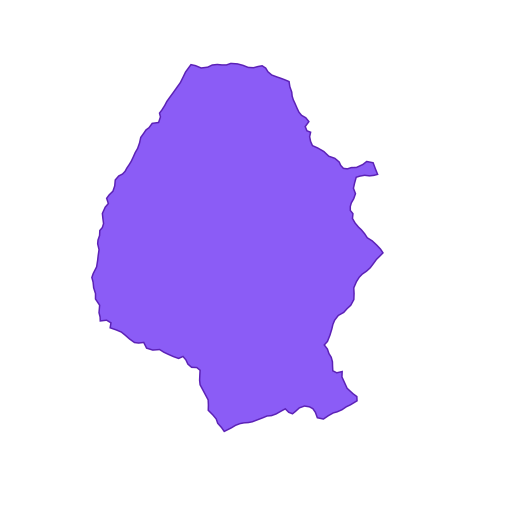 Morro do Pilar, Minas Gerais, Brazil, rotated 120°
{"feature_id": "56859067B30206085478303", "entity_name": "Morro do Pilar", "entity_type": "district", "adm_level": 2, "iso_a3": "BRA", "parent_name": "Brazil", "parent_adm1": "Minas Gerais", "projection": "orthographic", "projection_center": [-43.405, -19.218], "detail": "fine", "context": "isolated", "style": "filled", "palette": "violet", "viewbox_px": 512, "rotation_deg": 120, "n_neighbors": 0, "source": "geoboundaries", "source_scale": "gbopen_adm2", "svg_char_len": 2983}
<svg xmlns="http://www.w3.org/2000/svg" viewBox="0 0 512 512"><g transform="rotate(120 256 256)"><path d="M124.5,191.5L120.5,196.6L116.7,201.2L118.8,207.4L123.3,209.2L129.1,213.3L131.8,217.7L134.8,220.4L136.4,224.1L135.2,227.9L133.0,231.0L132.0,236.6L133.2,242.9L131.6,249.4L131.6,256.6L132.2,262.3L129.5,266.0L125.9,269.2L121.5,270.6L122.1,274.5L119.3,278.1L113.2,277.4L111.4,282.0L111.4,286.9L110.0,290.7L107.6,294.2L104.4,298.5L102.1,301.8L99.5,304.6L96.2,307.0L92.5,311.3L88.4,314.6L89.0,319.2L89.7,323.5L90.5,327.5L91.4,332.9L90.5,337.8L88.4,341.6L88.2,345.8L90.9,349.0L94.2,352.3L96.6,357.1L97.4,362.6L98.9,368.1L101.8,374.1L105.3,377.1L107.7,381.3L109.5,385.3L112.5,389.4L116.6,392.2L120.6,397.5L121.4,403.6L122.8,408.0L128.1,408.6L131.9,409.0L137.2,408.6L143.6,408.2L149.7,408.8L156.1,409.4L162.5,410.1L166.8,410.5L171.2,410.3L176.7,410.5L180.5,411.0L183.3,408.3L189.1,407.1L193.0,412.2L198.4,412.8L201.8,414.3L206.0,414.6L210.9,415.1L216.2,413.4L222.0,412.3L226.8,412.3L231.5,411.8L236.3,411.4L240.3,411.5L244.5,411.8L248.2,411.7L251.8,412.6L255.3,414.9L260.5,415.9L265.9,413.4L271.4,412.3L276.4,413.7L280.7,414.2L284.4,410.1L289.1,411.0L296.0,410.3L300.0,407.4L304.2,404.2L308.2,403.3L312.0,404.0L316.5,401.7L321.2,400.8L324.6,399.2L329.0,395.1L334.5,392.9L339.1,390.9L345.1,388.6L352.6,388.2L356.7,387.4L360.1,384.0L364.7,380.7L368.8,376.2L373.5,373.5L376.8,366.8L383.6,363.6L386.8,360.5L390.1,358.4L386.3,353.3L386.4,348.2L391.1,346.4L389.9,340.1L389.2,334.6L390.0,329.5L391.1,324.0L391.7,318.0L390.1,314.2L387.0,310.0L390.5,304.7L389.1,298.4L385.2,292.7L385.4,287.7L385.0,282.8L384.4,277.2L383.4,271.8L379.5,269.0L381.0,264.8L383.7,260.9L384.6,256.1L382.2,251.5L382.9,247.3L387.8,244.8L391.8,242.7L395.5,240.0L398.4,235.3L401.9,229.7L404.5,225.5L408.9,222.7L413.5,220.2L415.2,213.9L417.0,209.0L420.0,205.5L421.8,200.1L423.8,195.8L417.1,191.4L412.9,189.1L409.2,186.1L406.5,183.0L404.1,179.4L401.4,176.3L397.2,172.9L392.8,169.3L389.0,166.4L386.5,162.8L382.7,159.6L377.4,156.5L373.7,154.2L375.0,149.5L374.4,145.5L370.8,144.1L365.8,142.5L361.7,139.0L359.9,134.3L359.8,130.4L361.7,126.4L365.4,122.0L363.5,116.1L357.9,113.4L353.2,110.6L350.5,107.9L346.2,104.7L341.4,102.4L337.8,99.9L334.2,97.9L330.9,96.1L327.3,98.4L326.8,103.0L325.9,107.0L325.0,111.0L321.5,115.9L317.8,121.1L313.0,123.6L316.8,127.7L317.0,132.1L313.0,134.7L309.4,136.9L306.1,140.2L304.0,144.1L300.9,147.6L298.9,152.4L294.3,151.4L287.5,152.4L281.1,153.9L276.8,155.2L272.2,155.8L266.3,155.0L260.9,151.8L256.0,150.8L251.2,149.3L244.8,149.5L239.5,152.3L234.7,155.4L228.0,156.2L222.8,156.0L218.7,155.0L213.8,152.7L209.1,151.2L203.5,150.5L198.7,150.0L194.4,148.8L189.8,147.6L187.8,151.6L186.2,156.9L184.8,162.9L184.6,168.8L182.4,173.1L180.7,177.7L179.7,181.8L177.9,186.7L175.3,191.2L170.9,193.2L169.4,197.1L166.0,199.1L162.4,200.0L157.6,200.0L152.3,201.0L148.6,205.5L143.5,207.1L137.7,208.6L134.8,205.9L131.8,202.3L129.8,197.7L127.2,194.2L124.5,191.5Z" fill="#8b5cf6" stroke="#5b21b6" stroke-width="1.5"/></g></svg>